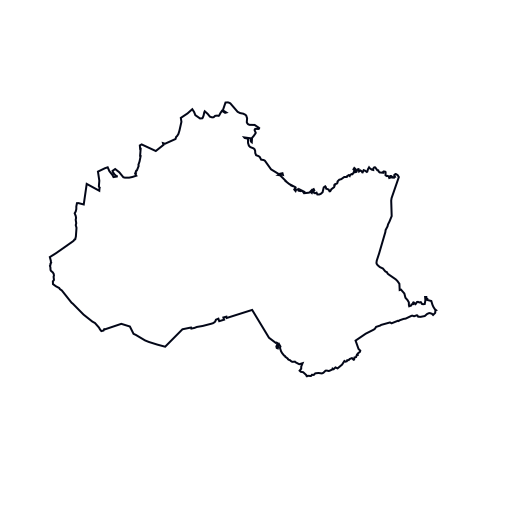 Atizapán de Zaragoza, México, Mexico (Albers equal-area conic projection), rotated 205°
{"feature_id": "50627088B87353641486675", "entity_name": "Atizapán de Zaragoza", "entity_type": "district", "adm_level": 2, "iso_a3": "MEX", "parent_name": "Mexico", "parent_adm1": "México", "projection": "albers", "projection_center": [-99.273, 19.564], "detail": "fine", "context": "isolated", "style": "outline", "palette": "ink", "viewbox_px": 512, "rotation_deg": 205, "n_neighbors": 0, "source": "geoboundaries", "source_scale": "gbopen_adm2", "svg_char_len": 6114}
<svg xmlns="http://www.w3.org/2000/svg" viewBox="0 0 512 512"><g transform="rotate(205 256 256)"><path d="M70.0,283.0L71.5,283.4L73.8,284.9L75.5,286.4L78.1,289.3L82.5,288.5L82.7,289.6L83.6,289.5L84.3,290.8L85.4,290.3L83.8,287.5L82.8,283.8L84.2,282.9L85.5,282.7L86.9,283.8L87.4,283.7L88.3,282.9L89.8,282.9L90.6,282.4L90.9,280.3L91.2,279.7L92.1,280.3L92.5,280.2L93.5,280.6L93.9,280.2L93.2,278.8L94.6,277.9L94.5,276.6L95.9,275.2L96.7,276.2L97.9,278.6L100.1,280.1L102.9,281.3L105.7,284.7L110.4,286.8L111.4,285.9L114.3,291.4L117.3,293.1L119.5,293.9L128.3,295.4L129.3,295.7L130.6,296.7L132.0,296.6L133.0,297.0L135.7,298.3L139.1,298.3L141.9,299.1L143.3,299.9L143.9,300.6L144.6,302.8L145.5,310.3L148.9,332.4L149.5,334.3L149.3,338.4L149.7,340.4L149.6,343.6L149.9,349.5L156.9,363.4L157.6,365.8L159.9,387.9L161.9,389.2L164.0,389.4L164.3,389.2L164.9,387.7L163.5,386.5L164.3,385.9L164.1,385.3L165.6,384.7L166.1,385.3L167.3,385.6L168.0,385.3L168.0,384.9L167.2,384.0L168.2,383.0L169.4,384.2L170.6,384.2L171.3,383.7L172.7,383.9L174.0,386.8L174.6,387.0L176.0,386.6L176.3,386.1L175.9,385.2L179.2,384.0L180.5,384.4L181.4,385.3L182.3,385.0L185.4,386.7L186.2,386.4L186.4,386.1L186.7,384.7L186.1,383.5L187.6,383.2L190.3,383.7L191.0,384.1L191.2,381.9L190.8,379.5L191.1,379.0L193.3,379.4L194.7,379.3L194.7,376.8L195.0,376.7L196.0,377.4L197.5,377.7L198.3,376.2L199.7,378.1L200.1,378.0L200.8,376.4L200.5,375.5L200.5,374.7L201.0,374.3L200.9,374.9L201.1,375.2L202.1,375.5L202.7,376.9L204.1,377.3L204.3,375.7L203.1,375.2L202.8,374.7L202.9,371.9L203.2,370.8L204.1,370.6L204.5,369.7L205.0,369.2L204.9,368.1L206.2,368.4L207.2,366.8L207.0,366.3L207.6,365.7L209.4,364.9L211.2,361.7L212.8,360.3L213.6,358.0L213.1,356.9L213.3,355.9L214.9,354.2L215.0,353.4L214.5,353.3L214.3,351.4L215.9,348.4L216.1,346.1L216.7,345.7L218.3,346.9L220.9,346.7L221.8,347.9L222.7,348.4L223.6,346.8L222.6,341.9L223.6,339.6L224.7,338.5L226.4,337.7L227.9,339.0L229.0,337.8L230.9,337.9L231.3,338.7L230.9,340.1L232.0,341.0L232.6,340.2L232.1,336.7L233.2,337.0L233.7,338.1L234.3,336.3L234.9,335.7L239.0,333.2L240.2,333.9L239.8,334.6L243.3,334.7L242.4,334.1L242.9,333.7L245.0,333.2L246.1,334.2L247.7,333.0L247.6,331.6L249.4,332.4L249.1,334.9L249.3,335.0L252.1,335.1L252.4,334.8L253.9,334.8L253.8,335.2L256.4,335.3L260.6,336.3L260.5,336.5L268.2,339.3L269.7,338.9L268.7,340.1L268.2,341.2L267.1,341.3L266.4,340.8L265.9,340.9L267.0,342.2L270.0,339.9L279.0,340.9L288.2,346.1L289.6,346.2L292.1,345.5L294.4,347.3L295.9,347.6L298.5,347.4L300.2,349.0L301.2,350.9L302.4,352.1L303.7,352.5L307.3,352.3L309.1,353.0L311.0,355.1L312.8,358.9L316.2,358.2L316.8,358.5L310.6,360.4L309.5,358.2L308.7,357.5L307.9,357.3L309.5,361.4L308.8,363.9L308.3,366.8L308.3,367.5L310.4,369.4L310.6,370.1L310.4,370.9L307.3,372.3L307.1,372.7L307.2,373.3L312.6,374.2L317.4,372.1L318.9,372.1L320.0,372.6L320.9,373.4L322.3,377.1L324.2,379.1L325.3,379.5L327.7,379.6L330.9,378.8L333.6,378.9L343.8,383.5L345.6,383.5L346.5,383.3L348.5,382.2L347.6,374.0L343.6,373.5L344.5,372.7L348.2,373.2L348.6,370.9L348.8,367.7L349.1,367.2L350.6,366.8L352.3,365.7L353.0,364.0L353.6,363.5L354.4,363.1L356.6,362.8L359.9,364.4L363.6,365.5L363.6,364.3L362.9,361.3L362.7,358.8L362.9,358.1L364.8,357.0L370.5,358.0L372.9,360.3L375.8,362.1L378.3,356.3L382.5,349.4L380.3,346.1L378.4,337.4L377.9,333.8L378.2,331.4L378.7,330.2L378.4,328.0L385.9,319.3L388.0,319.0L386.8,317.6L391.2,308.8L406.8,308.8L408.0,307.1L406.2,304.0L405.8,304.3L403.5,298.1L403.3,297.7L402.8,297.8L401.5,292.5L401.1,288.9L400.4,288.0L400.1,283.2L400.6,282.7L400.4,280.0L399.8,280.1L399.8,279.2L398.4,278.2L401.4,275.4L404.2,273.3L407.9,271.6L409.5,271.3L415.3,274.1L420.4,275.3L422.0,272.5L421.2,271.6L418.8,270.2L416.3,269.4L415.8,269.5L415.7,269.2L418.5,267.3L420.1,268.6L424.7,270.9L427.9,273.7L430.0,271.7L434.9,265.7L429.8,258.0L428.0,253.1L427.7,252.5L426.5,251.8L426.5,251.3L425.6,248.9L439.9,249.8L433.9,229.9L439.3,228.9L440.6,228.2L439.8,225.0L438.7,222.6L438.2,220.1L438.4,218.1L436.3,216.1L435.2,214.5L434.7,212.6L432.8,209.8L432.4,207.8L430.6,205.7L427.5,197.6L426.9,194.7L427.5,194.2L427.7,192.8L428.2,191.8L438.5,173.9L442.4,167.9L439.8,164.8L439.3,163.7L438.8,163.4L439.0,161.8L438.5,161.2L438.6,160.0L437.6,158.9L436.3,156.5L435.5,155.9L433.1,155.2L431.7,154.2L431.1,153.2L430.8,152.8L430.7,151.7L429.1,149.1L429.0,148.6L429.4,147.2L428.1,144.7L424.5,144.0L420.8,143.8L419.7,143.1L417.4,142.7L403.4,135.7L402.0,135.4L387.5,130.0L376.6,127.4L373.6,127.2L368.1,124.8L366.3,123.5L364.4,122.6L362.7,124.0L362.6,125.6L361.9,125.7L349.4,137.6L340.5,138.8L334.1,133.7L331.6,133.7L320.9,132.6L316.9,132.8L307.9,134.0L300.0,135.4L291.7,158.5L285.1,163.4L284.6,163.7L283.9,162.9L281.4,164.8L279.6,166.7L274.7,170.1L267.8,175.8L266.5,177.0L265.6,178.5L265.3,179.4L265.4,181.3L263.6,183.3L261.8,181.4L258.0,184.8L259.6,186.5L257.2,188.5L256.4,187.4L236.7,205.5L209.7,187.4L201.4,185.6L200.8,186.2L199.8,186.1L199.4,185.5L199.3,182.6L198.3,181.4L197.2,181.5L197.8,183.5L197.8,185.8L195.6,184.3L195.5,182.9L193.1,180.3L191.4,179.1L188.6,177.7L187.3,177.5L186.6,176.9L185.9,176.9L183.8,176.4L183.6,176.1L182.8,175.8L180.9,175.9L180.2,175.6L178.8,175.4L178.2,175.5L176.1,176.7L175.3,176.4L171.4,176.2L170.9,176.3L168.5,178.5L168.3,175.0L167.4,172.9L168.0,170.5L166.5,170.0L164.1,170.6L160.3,169.4L159.6,168.7L159.0,168.5L158.3,169.4L155.6,170.4L155.3,170.8L155.1,172.0L153.4,172.6L152.8,174.5L152.4,174.9L149.9,176.4L146.7,177.4L145.6,178.6L144.5,181.5L143.3,182.1L141.5,182.5L140.9,183.0L138.9,185.4L139.0,186.3L137.8,186.2L136.9,188.6L134.6,188.6L132.1,193.9L131.5,198.2L130.3,198.0L129.2,199.0L129.3,200.1L128.0,200.8L127.6,202.2L125.9,204.0L123.7,203.2L123.3,203.6L123.9,205.6L122.6,206.7L122.8,209.0L122.0,209.3L122.6,210.5L121.3,213.1L121.5,214.3L123.8,215.1L130.0,221.4L123.7,232.0L118.2,239.0L117.5,240.3L117.2,242.5L114.0,245.5L113.5,246.4L106.5,252.4L104.7,252.3L100.0,257.3L99.3,257.3L98.6,258.5L95.6,261.4L93.9,262.5L89.8,267.5L89.1,268.0L87.3,268.2L85.1,270.3L84.6,270.3L83.4,269.5L81.1,270.4L77.7,272.9L76.4,275.8L75.2,277.2L74.4,277.7L72.2,278.0L70.6,277.4L69.6,280.1L69.8,281.0L70.5,282.5L70.0,283.0Z" fill="none" stroke="#020617" stroke-width="2"/></g></svg>